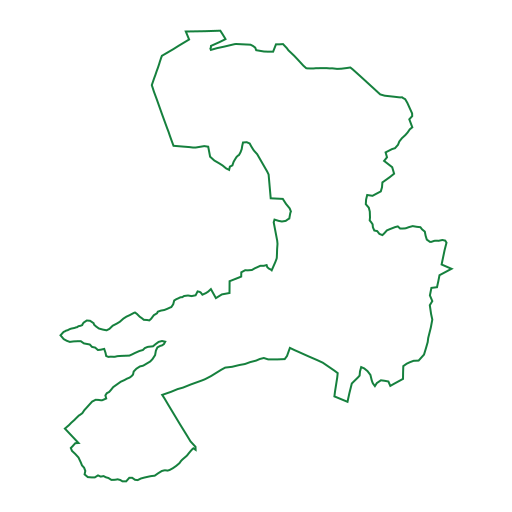 Kipkelion East, Rift Valley, Kenya
{"feature_id": "3690345B91045012580235", "entity_name": "Kipkelion East", "entity_type": "district", "adm_level": 2, "iso_a3": "KEN", "parent_name": "Kenya", "parent_adm1": "Rift Valley", "projection": "albers", "projection_center": [35.478, -0.176], "detail": "fine", "context": "isolated", "style": "outline", "palette": "green", "viewbox_px": 512, "rotation_deg": 0, "n_neighbors": 0, "source": "geoboundaries", "source_scale": "gbopen_adm2", "svg_char_len": 5990}
<svg xmlns="http://www.w3.org/2000/svg" viewBox="0 0 512 512"><path d="M72.0,450.9L75.2,453.9L78.5,457.5L79.9,460.5L80.8,462.4L82.0,465.4L84.1,467.7L85.3,470.9L84.6,474.4L87.8,477.1L91.6,477.4L94.8,477.4L98.0,475.4L100.7,476.6L103.6,476.1L105.9,477.3L108.4,478.0L111.4,479.9L114.7,479.8L116.1,479.6L117.6,479.3L120.3,480.0L122.4,481.3L126.2,481.3L129.3,477.8L132.2,477.8L135.0,479.8L137.7,480.1L140.9,478.5L144.2,477.6L149.1,476.5L151.1,476.1L154.7,475.7L158.1,473.3L161.8,471.0L164.5,470.3L165.5,470.3L167.6,470.6L169.6,470.0L172.9,468.2L176.2,465.9L179.4,463.2L181.0,461.0L181.8,460.1L183.0,459.0L186.4,456.1L187.2,455.3L188.9,453.1L191.1,450.5L192.6,448.9L193.4,448.3L195.6,449.8L195.5,446.8L190.5,441.4L187.3,436.1L180.0,424.3L168.5,405.2L164.6,398.6L162.2,394.9L171.1,391.8L177.6,389.1L183.0,387.6L190.7,384.5L201.8,380.5L204.6,379.4L206.6,378.4L211.0,376.1L221.5,369.6L225.2,367.6L232.1,366.8L237.4,365.5L240.0,364.9L244.0,364.2L245.3,363.9L250.2,362.1L256.1,360.6L259.8,359.0L263.8,358.0L268.2,359.4L277.5,359.4L284.7,359.1L287.0,356.0L289.9,347.9L294.7,350.2L297.7,351.5L307.7,356.0L317.4,360.2L322.8,362.7L334.2,370.5L337.7,373.1L337.2,377.7L335.0,391.6L334.4,396.4L347.5,401.8L349.4,393.1L351.8,383.5L354.2,381.1L358.0,377.4L359.6,375.6L360.0,371.4L361.2,367.1L364.2,368.4L367.5,371.1L370.4,374.9L371.7,380.2L372.6,382.8L373.2,383.8L374.9,386.1L376.8,383.1L380.9,380.3L384.7,380.8L388.4,381.5L390.3,385.9L394.0,383.8L403.0,378.9L403.1,372.3L403.3,366.1L406.7,363.7L409.9,362.2L413.6,360.8L418.6,360.6L424.0,354.6L425.9,348.4L427.7,342.1L428.2,338.0L430.8,327.6L432.3,319.6L431.1,314.1L429.8,305.2L432.3,301.1L429.9,295.4L431.4,287.9L437.0,287.2L438.3,281.3L439.5,275.2L445.7,271.9L451.5,268.8L441.6,264.5L444.6,250.1L446.5,242.7L445.2,240.6L442.4,240.0L438.6,240.8L436.5,240.7L434.4,240.8L431.2,241.9L430.0,241.9L426.8,239.6L425.6,235.7L424.8,231.6L422.0,229.3L420.4,227.2L416.7,226.8L412.7,226.1L408.7,227.2L406.3,228.1L405.0,228.4L403.1,228.5L400.1,228.5L397.8,226.4L395.1,227.1L389.7,229.2L386.9,230.4L384.2,233.4L382.4,235.1L379.4,233.9L377.2,231.1L374.3,230.5L372.9,227.3L372.6,224.3L371.3,222.4L369.7,220.4L370.0,217.5L369.8,211.6L368.8,207.7L365.8,204.2L366.1,199.5L367.2,195.0L372.5,195.8L375.3,194.3L380.8,191.4L382.0,187.3L382.4,182.4L389.7,177.2L394.1,173.7L392.2,167.2L384.1,160.9L387.0,157.3L385.6,152.4L392.0,149.1L395.0,148.2L398.0,144.8L399.3,141.5L401.9,138.2L405.3,135.1L407.6,132.5L409.8,129.3L412.3,127.3L409.3,119.3L412.2,116.1L412.1,113.4L407.3,102.8L405.2,99.2L403.0,98.0L402.1,97.3L400.2,97.4L398.9,97.3L393.9,96.7L384.7,95.7L380.2,94.4L360.3,76.2L352.5,69.2L350.3,67.5L346.2,68.1L341.4,68.7L337.2,68.9L332.1,68.3L329.8,68.4L326.3,68.1L315.9,68.2L313.2,68.5L307.6,68.4L306.2,68.2L303.4,65.7L297.7,59.5L294.3,55.9L288.4,50.3L286.8,48.1L283.0,44.1L279.8,44.3L276.0,44.3L273.1,51.7L268.5,51.7L263.9,51.5L256.2,50.2L255.2,47.6L252.9,45.9L250.5,44.7L236.2,44.0L234.9,44.1L233.1,44.5L224.3,46.6L217.2,48.1L210.9,49.9L210.4,48.6L210.9,47.4L211.0,45.9L219.5,42.1L224.8,39.5L225.5,39.1L225.0,38.2L222.5,34.1L220.3,30.7L204.8,31.2L185.8,31.5L189.1,39.5L178.6,45.8L173.4,49.1L161.9,55.8L161.0,58.2L160.5,59.8L160.1,60.9L159.1,64.2L158.0,67.5L156.6,71.3L155.4,74.9L154.2,78.1L151.8,85.1L153.9,91.6L156.9,99.7L162.1,114.4L167.1,128.1L168.6,132.0L169.8,135.6L171.6,140.6L173.5,145.8L189.5,147.1L192.7,147.5L195.9,147.5L204.3,146.1L208.2,146.7L210.1,156.7L214.3,160.5L219.3,163.4L222.6,165.5L226.1,168.4L229.1,169.9L229.9,166.6L232.4,165.4L233.5,162.1L233.9,161.3L235.5,158.6L236.6,156.9L238.0,155.6L239.0,155.0L240.5,152.3L241.7,149.1L242.2,146.0L243.0,142.5L246.7,142.2L249.7,143.5L251.2,146.3L253.3,149.7L254.2,150.9L257.2,154.2L267.2,171.6L268.6,174.5L270.7,198.3L282.8,198.9L286.0,203.9L289.7,208.4L290.9,211.5L290.5,212.4L290.2,213.5L289.3,218.5L287.8,219.4L285.7,220.9L281.9,221.5L278.7,220.9L274.5,219.6L273.7,222.3L277.2,240.7L277.5,243.9L277.1,249.3L277.0,253.2L276.8,257.6L276.6,258.7L275.3,262.1L271.7,270.3L270.9,269.6L268.9,268.6L267.3,267.2L266.6,265.1L263.8,265.8L260.3,265.8L257.3,267.2L254.8,268.3L251.9,270.0L248.2,270.3L246.7,270.3L245.2,270.2L241.3,272.3L241.2,276.6L229.6,281.2L229.5,293.0L221.9,294.4L215.9,298.1L210.9,289.1L208.2,291.6L205.9,293.1L202.4,294.7L200.7,292.5L199.7,291.9L197.6,291.4L195.6,295.3L191.6,296.1L188.0,295.5L184.1,296.0L182.2,297.2L180.9,297.2L179.7,297.6L178.6,298.2L176.3,299.2L174.2,300.5L173.2,304.3L171.3,307.1L170.4,307.4L167.1,308.9L164.3,310.0L160.9,310.6L157.8,311.7L157.0,313.3L153.8,315.2L151.1,318.8L149.3,320.4L147.1,320.0L143.8,319.8L142.0,318.3L139.7,316.7L136.9,313.9L135.0,312.5L133.9,312.9L129.6,315.2L126.5,316.6L123.4,318.6L119.8,321.8L116.8,323.6L112.7,325.7L109.4,328.9L106.6,330.3L102.9,329.6L98.9,328.5L96.1,326.5L94.1,324.7L93.6,323.2L90.1,320.8L86.8,320.5L83.8,322.5L83.2,323.2L82.7,324.0L82.2,325.1L81.0,325.6L80.1,325.9L79.2,326.0L78.3,326.3L77.1,327.2L75.9,327.4L74.7,327.9L73.3,328.2L71.7,328.5L70.3,328.9L69.2,329.4L67.9,330.1L67.0,330.4L66.1,330.6L65.0,331.3L63.6,331.9L60.5,335.3L63.7,339.1L66.8,340.8L69.8,341.9L73.6,341.4L77.8,341.2L80.8,341.2L83.9,343.4L89.8,344.5L92.0,346.9L95.2,347.6L97.9,350.0L100.8,349.7L104.2,348.9L105.5,352.8L106.2,356.0L108.4,356.9L110.4,356.7L111.4,356.7L114.3,356.8L115.2,356.7L117.2,356.2L118.2,356.1L121.5,355.9L129.4,355.6L132.1,354.4L134.9,353.0L139.4,351.0L142.9,350.0L144.8,348.1L147.4,347.0L148.3,346.8L153.0,346.3L155.5,344.2L158.6,341.9L162.0,341.0L165.2,341.7L163.9,344.1L162.0,345.4L160.2,345.9L157.4,347.4L155.9,350.6L155.1,355.1L152.5,359.1L150.2,361.5L147.0,363.4L144.0,365.2L142.8,365.8L140.0,366.4L136.4,368.7L133.7,371.5L133.0,374.6L131.5,376.2L129.6,377.6L126.9,378.7L124.4,380.1L120.8,381.7L113.2,387.1L110.8,390.1L109.1,392.0L106.8,393.2L105.4,395.4L106.2,398.5L102.3,400.2L101.2,400.3L98.3,399.9L95.6,399.8L92.1,401.6L84.3,410.2L82.3,413.2L79.8,415.0L78.9,415.5L75.4,418.9L74.7,419.7L71.3,422.7L69.1,425.0L64.9,428.6L78.5,443.0L75.3,443.2L73.3,445.4L72.7,446.1L70.8,448.0L72.0,450.9Z" fill="none" stroke="#15803d" stroke-width="2"/></svg>